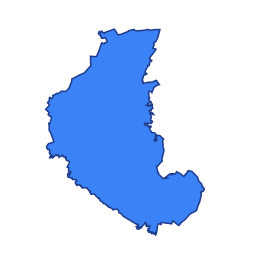 outline of Villa Corzo, Chiapas, Mexico, rotated 98°
{"feature_id": "50627088B92605446489911", "entity_name": "Villa Corzo", "entity_type": "district", "adm_level": 2, "iso_a3": "MEX", "parent_name": "Mexico", "parent_adm1": "Chiapas", "projection": "mercator", "projection_center": [-93.016, 16.137], "detail": "fine", "context": "isolated", "style": "filled", "palette": "blue", "viewbox_px": 256, "rotation_deg": 98, "n_neighbors": 0, "source": "geoboundaries", "source_scale": "gbopen_adm2", "svg_char_len": 5905}
<svg xmlns="http://www.w3.org/2000/svg" viewBox="0 0 256 256"><g transform="rotate(98 128 128)"><path d="M166.8,52.5L162.1,58.7L161.8,62.5L165.6,64.1L165.6,64.6L168.2,65.9L165.6,70.5L165.0,72.8L164.5,73.7L166.7,74.7L167.9,78.0L167.0,77.5L167.6,79.9L168.0,80.5L171.7,84.1L172.1,82.2L172.8,84.1L172.2,84.7L173.3,86.0L169.1,91.8L168.2,91.4L166.5,92.9L161.9,94.3L161.9,93.6L157.8,90.9L156.3,89.6L155.9,89.5L153.5,90.1L145.2,89.2L140.1,91.3L139.4,90.8L137.7,91.6L135.9,91.9L133.8,91.2L133.2,92.5L131.1,95.4L131.1,98.2L134.1,98.8L135.9,97.6L137.4,99.4L136.8,100.5L135.5,99.9L135.6,98.9L135.1,98.9L134.8,99.6L130.2,99.7L129.2,100.8L129.1,103.9L125.8,106.6L124.4,106.5L124.2,105.5L122.9,105.5L123.4,107.5L123.9,108.0L122.6,108.3L122.4,108.8L122.3,109.9L122.9,110.8L122.9,111.5L121.2,112.4L120.7,111.4L121.1,110.1L121.0,109.5L120.6,109.3L120.5,106.4L119.8,105.3L118.3,104.7L117.6,105.2L117.6,106.8L113.6,106.4L111.9,107.6L111.7,107.4L110.8,107.9L111.1,104.5L110.4,105.1L110.3,105.6L109.6,106.0L109.8,108.5L107.7,109.4L107.7,107.4L106.3,107.8L105.2,106.1L104.3,106.8L101.0,107.2L101.1,107.8L101.7,108.7L102.7,108.8L102.5,109.7L103.3,109.7L103.2,110.3L103.5,111.3L103.0,112.6L102.9,112.1L102.2,111.9L102.1,111.6L101.0,111.8L101.2,111.4L100.6,111.5L100.5,110.8L99.8,109.9L99.7,109.1L100.0,108.6L99.3,108.5L98.5,109.6L98.5,110.0L96.6,111.5L95.4,110.9L94.7,110.8L93.9,112.1L92.6,111.9L90.2,112.3L89.8,112.6L89.1,112.1L88.6,112.1L88.5,111.7L88.7,110.3L89.7,109.3L84.6,108.0L83.2,107.0L80.9,103.8L80.7,103.0L77.9,105.7L77.3,107.2L77.0,106.8L76.9,107.1L79.2,110.3L79.7,113.7L81.7,119.1L80.5,119.4L80.6,119.7L79.3,119.9L79.0,120.6L78.6,120.6L75.4,119.9L73.4,119.8L73.1,119.6L72.8,118.0L71.8,116.9L71.2,117.3L71.2,118.9L69.9,119.0L66.4,118.0L64.5,117.0L63.4,117.1L63.4,116.0L62.6,115.6L59.6,115.7L59.0,114.6L58.1,113.9L57.7,113.9L57.6,115.0L57.2,115.3L57.2,115.7L55.7,116.4L46.7,111.4L46.0,111.3L45.5,114.7L42.0,113.6L40.2,114.5L38.6,112.5L33.8,111.0L26.1,110.1L26.8,115.1L28.0,119.0L27.7,122.4L28.8,125.0L30.6,132.7L30.4,135.1L29.6,135.6L30.2,137.7L31.7,141.1L32.3,141.1L36.2,148.1L37.2,150.9L32.6,154.6L32.0,155.4L36.8,164.5L37.5,164.5L36.7,166.4L35.7,167.7L37.2,168.7L36.4,169.9L38.5,170.5L39.7,169.2L38.9,168.6L42.6,166.9L42.7,165.2L41.7,162.9L45.5,160.5L46.9,162.7L48.1,163.3L47.3,165.3L47.5,166.0L56.1,167.6L61.4,169.1L61.8,169.7L62.2,175.2L71.9,173.5L72.5,174.2L79.5,178.9L82.5,183.8L86.3,188.9L87.0,190.3L91.0,190.4L92.8,191.1L96.4,191.8L98.5,193.2L100.5,194.9L100.7,198.6L101.0,199.3L101.7,199.8L103.4,201.7L103.8,202.4L103.6,203.5L105.2,205.1L106.1,206.9L106.4,207.0L107.5,206.5L109.3,207.5L109.3,207.9L109.6,208.0L108.5,209.7L109.0,210.1L110.1,209.9L112.2,209.9L114.0,211.3L116.2,208.9L121.0,212.1L123.7,208.1L125.8,209.0L126.8,207.8L126.7,206.9L127.3,206.6L127.4,205.8L129.3,205.2L134.3,206.0L134.3,207.1L137.8,206.2L140.1,206.0L141.2,205.7L144.2,203.5L151.8,199.5L153.2,201.3L154.6,204.5L156.1,205.5L157.9,206.1L159.0,205.7L159.5,205.0L160.5,204.5L160.6,204.0L160.1,203.1L160.7,203.0L161.3,202.3L163.5,202.4L164.1,202.1L164.3,201.4L165.0,201.4L165.2,201.0L164.9,200.7L165.2,200.4L168.3,201.5L168.4,200.8L168.1,200.4L166.0,198.8L166.4,198.6L167.8,199.0L168.1,198.9L168.2,198.7L164.5,195.3L164.6,194.9L165.2,194.6L165.1,193.8L164.6,193.5L163.8,193.8L166.6,192.1L165.6,191.5L165.5,190.4L163.9,189.1L164.9,188.6L165.6,187.7L165.4,187.3L165.8,186.4L165.1,185.8L166.1,185.0L167.0,185.5L167.6,184.8L168.4,184.6L168.8,183.8L169.1,181.8L169.5,181.3L170.8,181.3L175.2,182.8L175.6,181.1L178.5,181.0L179.1,180.1L179.7,178.3L182.6,179.4L180.4,180.6L182.6,181.4L184.9,180.6L185.2,178.2L186.4,175.8L186.1,175.8L186.8,175.2L186.6,174.6L186.5,172.2L187.5,171.3L188.2,172.2L189.0,172.7L189.4,172.3L190.5,172.1L192.0,170.4L191.3,170.0L190.9,168.8L191.5,168.3L191.2,167.7L192.1,166.8L191.6,166.5L192.9,165.8L193.7,164.8L192.9,160.5L193.2,160.0L193.9,159.8L194.9,158.1L195.5,158.1L195.8,156.5L196.2,156.3L196.7,156.8L197.3,156.7L198.3,155.6L198.7,155.6L198.8,155.1L198.1,153.4L198.2,151.7L199.4,150.8L201.8,147.5L201.2,147.3L201.7,146.4L203.7,145.6L204.4,144.4L204.7,143.0L206.0,142.2L205.9,141.7L206.3,141.2L206.2,140.5L206.6,139.6L207.6,138.3L207.5,137.8L208.2,137.5L208.3,136.4L209.2,136.0L209.5,133.6L209.9,132.8L211.1,131.5L210.8,131.4L210.5,129.8L209.8,128.2L210.0,127.3L210.9,126.1L211.9,125.5L213.1,125.2L213.3,124.9L213.4,123.4L214.4,122.4L214.9,121.5L216.0,120.5L222.1,106.2L221.8,105.7L222.1,105.7L222.2,104.6L222.6,104.6L222.4,104.2L222.8,104.5L222.9,104.2L223.4,104.1L223.5,104.4L223.0,104.7L223.4,104.7L223.1,105.0L223.4,105.0L223.4,105.3L223.7,104.5L223.9,104.5L224.1,104.9L224.0,105.1L224.2,105.4L224.2,105.1L224.5,105.1L224.1,104.4L224.4,104.3L223.9,104.1L224.1,103.9L225.0,104.4L224.8,104.8L225.2,104.7L225.1,105.0L225.5,105.3L225.5,105.0L226.0,105.4L226.2,105.2L225.6,104.2L226.6,104.6L226.8,103.5L226.2,102.7L225.5,102.5L225.4,101.8L224.7,101.9L224.9,101.1L223.7,100.2L222.1,99.6L221.7,99.0L221.0,98.8L220.7,98.4L219.3,97.6L220.5,97.1L220.8,96.7L220.8,96.0L222.0,96.6L222.8,96.2L223.0,95.3L222.3,94.6L222.5,93.9L222.1,93.0L222.7,93.3L222.7,93.6L223.1,93.0L224.1,93.1L224.8,93.4L224.7,93.9L225.0,94.1L225.4,93.9L226.7,94.3L227.1,93.9L226.9,93.5L227.5,93.6L228.3,93.0L227.7,92.5L227.9,92.2L227.6,92.2L227.9,91.9L227.8,91.3L228.1,90.9L229.1,90.1L228.9,89.9L229.3,89.5L229.1,89.3L229.0,88.4L228.6,89.1L228.4,89.2L228.5,88.7L227.7,89.3L227.7,89.1L228.7,88.4L228.8,87.9L229.2,87.7L229.4,87.2L229.0,86.2L228.0,87.0L228.3,86.3L227.7,86.1L228.0,85.9L228.5,86.2L228.7,85.8L229.4,86.0L229.9,85.7L229.3,85.4L226.5,85.1L220.2,85.2L218.7,84.6L218.5,84.2L219.0,81.8L216.9,81.9L216.8,73.3L216.9,71.5L213.7,70.5L217.4,64.5L217.2,63.9L214.0,62.0L210.9,58.9L204.7,54.7L203.8,53.8L201.0,49.5L199.6,48.5L195.4,47.9L190.9,46.7L183.6,46.1L181.4,47.2L180.7,46.2L181.1,46.0L179.4,44.2L178.5,43.9L177.3,44.2L175.9,45.7L175.9,46.4L175.1,46.4L172.8,47.6L170.8,50.4L166.8,52.5Z" fill="#3b82f6" stroke="#1e3a8a" stroke-width="1.5"/></g></svg>